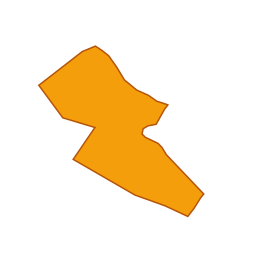 SVG path tracing the border of General Santos, rotated 300°
{"feature_id": "PHL-5529", "entity_name": "General Santos", "entity_type": "Highly Urbanized City", "adm_level": 1, "iso_a3": "PHL", "parent_name": "Philippines", "parent_adm1": "", "projection": "natural_earth1", "projection_center": [125.172, 6.137], "detail": "fine", "context": "isolated", "style": "filled", "palette": "amber", "viewbox_px": 256, "rotation_deg": 300, "n_neighbors": 0, "source": "natural_earth", "source_scale": "10m", "svg_char_len": 529}
<svg xmlns="http://www.w3.org/2000/svg" viewBox="0 0 256 256"><g transform="rotate(300 128 128)"><path d="M167.9,151.0L162.9,150.3L145.3,150.5L139.8,144.2L134.9,141.5L129.8,143.2L128.6,147.8L129.7,161.7L128.2,167.0L124.0,174.7L108.7,226.6L103.8,225.8L91.7,225.4L81.3,224.0L79.1,198.9L73.4,167.5L73.4,96.2L111.9,99.1L104.2,66.5L120.4,29.4L171.4,50.2L182.6,58.8L182.1,67.1L180.9,75.1L175.0,87.9L167.8,100.9L165.2,116.6L166.5,129.5L165.6,139.4L167.7,149.4L167.9,151.0Z" fill="#f59e0b" stroke="#b45309" stroke-width="1.5"/></g></svg>